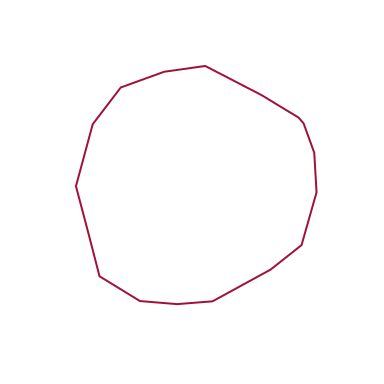 the district of Naftalan City, Goranboy, Azerbaijan, rotated 125°
{"feature_id": "54616110B32389340464615", "entity_name": "Naftalan City", "entity_type": "district", "adm_level": 2, "iso_a3": "AZE", "parent_name": "Azerbaijan", "parent_adm1": "Goranboy", "projection": "orthographic", "projection_center": [46.798, 40.447], "detail": "fine", "context": "isolated", "style": "outline", "palette": "rose", "viewbox_px": 384, "rotation_deg": 125, "n_neighbors": 0, "source": "geoboundaries", "source_scale": "gbopen_adm2", "svg_char_len": 418}
<svg xmlns="http://www.w3.org/2000/svg" viewBox="0 0 384 384"><g transform="rotate(125 192 192)"><path d="M175.6,72.7L172.7,71.8L120.8,89.8L89.7,114.4L71.8,139.9L69.9,147.5L71.5,171.0L72.7,190.1L77.0,222.4L81.2,253.5L109.5,283.8L147.2,310.3L193.4,312.2L253.8,290.4L274.8,265.5L285.8,252.5L314.1,219.4L311.2,172.1L292.4,139.9L269.8,112.5L210.4,83.1L175.6,72.7Z" fill="none" stroke="#9f1239" stroke-width="2"/></g></svg>